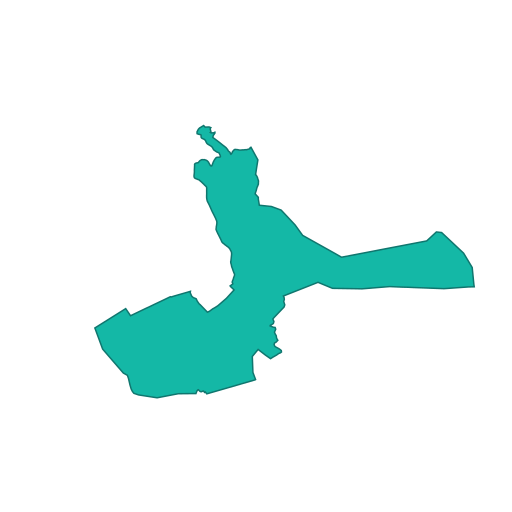 outline of Al Mashannah, Ibb, Yemen, rotated 329°
{"feature_id": "15242507B63315911635783", "entity_name": "Al Mashannah", "entity_type": "district", "adm_level": 2, "iso_a3": "YEM", "parent_name": "Yemen", "parent_adm1": "Ibb", "projection": "mercator", "projection_center": [44.185, 13.954], "detail": "fine", "context": "isolated", "style": "filled", "palette": "teal", "viewbox_px": 512, "rotation_deg": 329, "n_neighbors": 0, "source": "geoboundaries", "source_scale": "gbopen_adm2", "svg_char_len": 5821}
<svg xmlns="http://www.w3.org/2000/svg" viewBox="0 0 512 512"><g transform="rotate(329 256 256)"><path d="M82.0,288.0L84.3,292.0L83.6,295.4L81.6,301.5L80.5,305.7L80.3,308.5L80.6,310.8L83.8,314.6L98.2,326.6L118.4,334.0L131.7,341.8L133.6,343.0L135.3,341.7L136.0,341.2L137.4,340.8L137.7,340.9L137.8,341.3L137.9,341.7L138.0,342.1L138.2,343.0L138.4,343.5L139.2,344.2L139.7,344.3L140.7,344.4L141.3,344.6L141.6,345.3L141.6,346.4L142.5,346.4L142.8,348.8L156.3,352.4L191.4,361.7L192.0,361.7L193.4,354.2L201.1,340.2L209.7,337.2L213.0,345.7L215.6,351.5L218.2,351.4L222.6,351.5L225.2,351.3L227.1,351.6L228.4,351.4L229.0,350.0L228.1,347.6L225.6,343.3L225.9,341.2L227.1,340.1L228.8,340.2L231.3,339.5L231.3,337.1L232.3,334.7L232.3,332.5L232.6,330.8L235.2,328.9L235.6,327.1L234.1,325.9L233.1,324.5L232.1,323.2L232.5,322.8L234.3,322.9L236.1,322.8L237.6,321.4L238.0,318.7L239.6,318.1L245.7,316.4L253.8,314.2L255.5,312.7L256.3,309.3L257.9,307.8L258.7,306.0L258.9,304.4L295.6,310.5L304.9,323.1L325.3,335.8L329.9,338.7L352.5,349.9L354.9,351.1L365.2,357.9L370.1,361.0L374.6,364.0L386.7,371.9L400.3,380.8L422.1,391.9L427.2,394.8L428.0,392.8L435.4,377.2L435.4,360.5L427.2,331.5L423.0,328.3L410.1,331.0L391.6,324.2L370.4,316.4L354.8,310.7L328.7,301.1L325.1,294.7L307.2,263.4L306.6,262.4L305.5,249.5L301.2,229.6L294.7,221.5L285.0,214.2L287.3,208.4L288.2,206.9L287.3,202.3L288.1,201.5L289.9,200.0L292.2,197.7L292.9,197.3L295.1,195.6L295.6,194.7L296.8,193.0L297.0,192.1L297.3,190.6L297.6,189.8L297.8,188.3L297.8,186.7L297.5,186.1L301.8,180.9L307.1,174.6L307.7,160.2L307.1,160.1L306.8,160.1L306.6,160.3L306.6,160.6L306.4,160.7L305.9,160.8L305.2,160.7L304.7,160.6L304.1,160.4L303.6,160.3L303.1,160.1L302.5,160.0L302.2,159.7L301.8,159.5L301.3,159.2L300.8,159.0L300.1,158.7L299.7,158.5L298.9,158.0L297.4,157.3L296.8,157.0L296.3,156.6L295.8,156.1L295.5,155.9L295.2,155.5L294.8,155.2L294.5,155.0L294.3,154.9L294.0,154.6L293.4,154.2L293.1,153.9L292.9,153.8L292.7,153.8L292.4,153.7L292.1,153.7L291.8,153.7L291.7,153.8L291.1,154.1L290.8,154.1L290.5,154.2L290.1,154.2L289.7,154.4L289.5,154.5L289.3,154.7L289.1,154.9L289.0,155.1L288.8,155.2L288.4,155.3L288.2,155.4L287.6,155.6L287.2,155.8L286.9,155.9L286.8,155.4L287.1,153.7L286.6,152.4L286.4,151.6L286.3,151.1L286.5,150.4L286.5,150.2L286.4,149.6L286.2,148.4L286.1,147.5L285.9,147.2L285.6,146.2L284.5,143.5L283.6,141.0L282.8,138.9L281.0,134.4L280.0,132.1L281.8,130.4L282.5,130.3L283.2,129.9L284.1,129.5L284.4,129.0L284.5,128.7L283.9,128.7L282.9,128.6L282.7,128.3L281.1,127.5L280.8,127.1L280.5,126.5L281.3,126.4L281.8,124.9L282.0,124.0L282.4,123.2L283.4,122.7L282.2,121.2L279.1,119.5L278.8,119.4L278.3,117.2L273.5,117.2L271.8,117.7L269.4,119.2L268.5,120.8L269.1,121.6L269.9,122.5L270.4,122.9L270.8,123.3L271.1,123.7L271.2,124.0L271.0,124.4L270.7,124.9L270.4,125.4L270.2,125.7L270.1,126.1L270.1,126.6L270.2,127.0L270.4,127.4L270.9,128.2L271.2,128.6L271.6,129.2L271.8,129.6L271.9,130.0L272.1,130.5L272.1,131.0L272.1,131.7L271.9,132.7L271.9,133.4L271.9,134.2L272.0,134.5L272.1,134.9L272.4,135.6L273.0,136.7L273.7,138.0L274.2,139.1L274.4,139.8L274.5,140.4L274.5,141.5L274.4,142.8L274.5,143.5L274.8,144.1L275.3,145.3L275.6,145.9L276.1,146.9L276.4,147.2L276.7,147.5L277.1,148.2L277.4,148.6L277.4,148.9L277.3,149.5L277.2,150.8L277.0,151.8L276.9,152.1L276.8,152.3L276.6,152.4L276.5,152.6L276.2,152.6L275.6,152.5L275.3,152.3L274.1,151.7L273.6,151.4L272.9,151.2L272.3,151.2L271.8,151.4L270.7,151.8L269.7,152.3L269.0,152.7L268.0,153.3L267.2,153.9L266.2,154.7L265.4,155.3L264.6,155.9L264.2,155.9L263.9,155.7L263.7,155.5L263.6,155.2L263.5,154.9L263.5,154.4L263.5,153.7L263.5,152.7L263.6,151.0L263.3,149.6L263.1,149.0L262.7,148.3L261.9,147.4L261.4,146.8L260.7,146.5L260.0,146.0L259.4,145.6L258.8,145.4L257.4,145.4L256.6,145.5L255.5,145.9L255.1,146.0L254.6,146.2L254.4,146.2L254.1,146.1L253.7,145.9L253.2,145.7L252.9,145.6L252.4,145.5L252.0,145.4L251.5,145.4L251.2,145.5L250.8,145.6L250.4,146.0L250.0,146.8L249.5,147.5L248.9,148.4L248.1,149.6L247.3,150.8L246.5,152.2L245.7,153.3L245.2,154.0L244.6,154.7L243.9,155.8L243.7,156.4L243.5,157.1L243.6,157.4L243.7,157.7L243.9,158.3L244.2,158.6L245.7,160.6L246.4,161.4L246.8,162.8L247.4,164.5L247.6,165.3L248.1,167.2L248.3,167.8L248.4,168.5L248.7,169.6L249.1,171.0L248.9,172.0L248.4,172.9L247.4,174.5L245.7,177.4L244.7,178.9L243.6,180.8L243.0,182.3L242.8,182.9L242.5,183.9L242.5,184.6L242.4,185.2L242.4,185.6L242.2,188.4L241.8,191.6L241.5,193.8L241.3,195.7L241.1,198.8L240.8,202.3L240.8,202.7L240.5,204.4L240.4,205.4L240.1,206.3L240.0,206.6L239.6,207.3L239.0,208.2L237.9,209.5L236.9,210.6L236.4,211.4L235.9,212.0L235.5,212.5L235.2,213.8L235.1,214.7L234.9,216.6L234.8,217.1L234.8,218.3L234.6,220.4L234.5,221.7L234.4,222.8L234.4,223.1L234.4,223.3L234.1,225.5L234.0,226.6L234.2,227.4L234.3,228.0L234.5,228.3L235.2,230.3L235.3,230.7L235.5,231.0L235.8,231.7L236.0,232.4L236.3,233.0L236.6,233.7L237.0,234.9L237.0,235.3L237.2,235.9L237.2,236.5L237.2,236.8L237.1,237.8L237.1,238.7L237.0,239.6L236.8,240.4L236.3,241.4L235.6,242.5L234.3,244.2L233.2,245.7L232.4,246.7L232.0,247.3L231.4,247.8L231.0,248.6L230.6,249.7L230.5,250.3L230.4,250.6L229.7,252.5L229.5,253.5L229.3,254.8L229.0,255.9L228.8,257.0L228.5,258.6L228.4,259.0L228.4,259.4L228.3,259.8L228.3,260.4L227.8,261.2L227.1,262.0L225.8,262.9L224.5,264.2L223.1,265.2L222.8,265.5L222.1,266.1L222.0,267.4L221.7,268.0L218.4,268.3L218.5,269.3L219.3,272.1L219.7,273.8L209.0,277.0L208.0,277.2L197.6,279.0L193.8,279.1L191.8,279.0L187.6,279.4L185.4,279.1L183.0,268.7L182.7,268.2L182.5,266.2L182.4,264.2L182.7,261.9L181.8,260.6L180.9,259.5L180.2,257.5L180.5,255.1L180.7,253.6L181.6,252.5L179.6,252.0L166.1,248.4L162.1,247.4L161.6,246.8L153.0,246.0L143.9,245.1L138.3,244.6L134.9,244.2L122.1,243.0L117.7,242.6L117.2,234.0L101.8,234.3L80.8,234.7L78.4,247.4L76.6,256.8L79.6,274.2L82.0,288.0Z" fill="#14b8a6" stroke="#0f766e" stroke-width="1.5"/></g></svg>